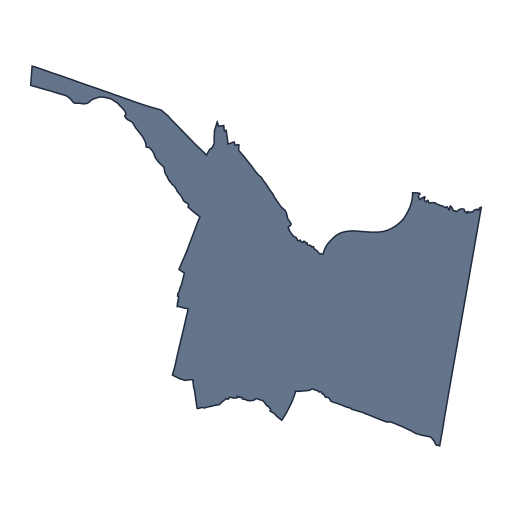 the district of Pak Kret, Nonthaburi, Thailand
{"feature_id": "78962969B33148689371757", "entity_name": "Pak Kret", "entity_type": "district", "adm_level": 2, "iso_a3": "THA", "parent_name": "Thailand", "parent_adm1": "Nonthaburi", "projection": "equal_earth", "projection_center": [100.484, 13.936], "detail": "fine", "context": "isolated", "style": "filled", "palette": "slate", "viewbox_px": 512, "rotation_deg": 0, "n_neighbors": 0, "source": "geoboundaries", "source_scale": "gbopen_adm2", "svg_char_len": 6023}
<svg xmlns="http://www.w3.org/2000/svg" viewBox="0 0 512 512"><path d="M197.2,408.5L198.6,408.4L202.3,407.3L203.9,408.0L204.5,408.0L207.2,407.1L211.3,406.3L214.9,405.3L217.8,405.0L219.1,404.7L219.6,404.4L222.1,401.9L226.0,398.8L226.5,398.6L227.4,399.3L228.3,399.1L229.6,397.2L232.2,397.7L233.6,398.2L234.8,397.8L236.8,398.0L237.1,396.4L237.3,396.3L238.4,396.6L238.5,397.2L242.2,397.5L242.2,398.7L242.2,398.9L245.4,399.5L247.1,400.4L249.2,400.7L250.3,400.7L253.1,400.4L254.4,399.9L256.0,398.7L256.8,398.6L258.1,399.2L262.4,400.5L263.2,401.0L263.9,401.8L266.0,404.7L266.8,405.4L267.1,406.1L267.7,406.0L268.0,406.1L270.7,409.4L270.7,409.9L270.1,410.6L270.1,411.0L270.2,411.3L273.9,413.1L277.1,416.6L281.7,420.3L284.2,416.5L286.2,413.2L290.8,404.3L292.4,400.7L294.3,395.7L295.1,393.2L295.5,391.3L299.4,391.3L309.4,390.4L310.7,389.7L311.6,389.0L312.3,388.9L313.3,389.2L315.5,390.1L317.5,390.7L319.2,392.0L320.4,391.8L320.9,391.9L322.7,394.1L323.6,394.4L324.0,394.6L324.7,396.2L325.5,397.2L326.2,397.4L327.9,397.3L328.7,397.8L330.2,399.8L330.7,401.0L331.2,401.4L341.3,404.9L345.7,406.8L350.4,408.1L351.7,409.3L353.0,409.6L363.1,412.6L365.3,413.7L368.8,414.9L375.2,417.6L385.1,421.5L387.3,422.1L389.0,421.9L390.5,421.9L395.0,423.6L404.0,427.4L409.3,430.0L411.6,431.0L413.0,432.0L415.9,433.5L419.0,434.3L420.7,435.0L429.3,436.7L430.8,437.2L431.3,437.6L432.8,439.6L434.2,441.2L435.0,443.1L436.1,444.9L436.8,445.3L438.5,445.4L439.7,445.9L440.0,444.1L443.4,425.0L443.6,423.7L443.5,423.3L451.1,379.2L458.7,336.2L481.3,207.3L480.5,207.5L479.5,207.9L479.3,208.5L479.4,209.8L479.3,210.0L478.3,210.1L477.8,209.8L477.3,209.3L476.9,209.2L474.1,210.2L473.8,210.5L473.0,211.7L472.6,212.0L471.3,211.9L470.0,212.6L468.7,211.7L468.0,211.5L467.7,211.9L467.4,212.9L467.0,213.2L466.7,213.2L465.8,211.6L464.9,211.4L464.5,211.2L464.4,210.8L464.3,210.0L464.2,209.4L463.8,209.1L463.3,209.0L461.3,208.9L459.8,209.3L458.7,209.8L457.2,211.1L456.1,211.7L455.1,210.8L453.8,210.8L453.4,210.6L451.4,206.8L450.6,206.1L450.3,206.3L449.9,206.7L449.7,207.7L449.5,209.4L449.4,209.8L449.1,210.0L448.7,209.6L447.5,207.2L447.0,206.7L446.5,206.8L445.5,207.5L445.0,207.5L442.0,205.7L440.3,205.5L438.6,204.6L436.5,204.1L435.4,202.9L435.0,202.7L433.9,202.8L432.1,202.6L429.8,203.0L429.0,202.9L428.7,202.7L428.2,200.7L427.8,200.3L427.3,200.5L426.5,201.7L426.2,201.8L425.8,201.7L424.6,200.6L424.3,200.0L424.3,199.0L425.0,197.6L424.9,197.1L424.7,196.9L424.2,196.9L422.4,197.8L421.7,198.0L420.4,199.4L420.1,199.6L419.8,199.6L419.5,199.3L419.1,197.8L418.4,196.6L418.3,196.2L418.5,195.7L419.9,194.2L420.0,193.8L419.8,193.5L419.3,193.2L416.8,192.9L412.6,192.7L412.6,194.3L412.4,197.4L412.1,199.3L411.6,201.9L410.1,206.7L409.2,208.8L407.8,211.6L404.7,217.1L402.9,219.6L401.2,221.3L397.8,224.3L394.5,226.7L390.9,228.7L387.4,230.3L383.6,231.4L380.7,231.8L378.7,232.1L371.4,232.2L356.9,231.1L352.3,230.9L349.2,231.1L346.0,231.5L341.8,232.5L338.9,233.7L336.0,235.5L332.8,238.3L329.6,241.7L327.3,244.4L326.0,246.4L324.4,249.9L322.9,254.2L319.0,253.4L317.2,250.9L315.2,249.6L314.4,248.8L314.0,248.1L313.7,247.1L313.4,246.6L313.0,246.5L311.9,246.9L311.6,246.7L311.0,245.8L310.5,245.5L309.7,245.2L308.3,245.1L307.5,244.8L307.1,244.3L307.2,243.3L307.1,242.9L306.8,242.8L305.5,242.6L304.8,241.6L304.3,241.3L303.9,241.2L303.6,241.3L303.2,242.2L302.9,242.4L301.2,241.7L300.4,240.3L300.2,240.1L299.8,240.1L298.9,240.8L298.0,240.7L297.6,240.3L297.0,238.9L295.9,237.3L294.7,236.9L293.1,235.7L292.4,234.9L289.7,231.2L289.4,230.5L289.2,229.2L288.6,228.4L288.3,227.9L288.2,226.9L290.0,225.9L291.0,224.5L291.1,223.9L289.5,221.1L287.9,219.1L286.5,213.3L285.4,210.8L284.7,210.0L281.9,207.6L280.8,206.5L275.1,198.2L274.4,197.2L272.8,193.9L269.5,189.5L265.9,183.8L263.5,180.8L261.3,177.4L260.7,176.8L259.2,175.7L255.5,171.5L251.5,165.9L243.7,156.2L238.9,150.6L238.7,150.2L238.7,149.8L238.9,144.8L237.5,144.6L236.0,145.3L235.4,145.4L235.2,145.2L234.1,141.9L228.0,144.1L227.7,141.0L227.3,138.6L226.7,134.3L226.6,133.0L226.1,130.3L224.4,131.0L223.8,127.3L224.0,127.2L223.7,125.5L222.7,125.8L218.3,126.1L218.2,124.7L217.2,122.0L216.6,123.7L216.0,126.1L214.5,130.4L214.1,139.6L214.2,143.3L214.1,143.7L212.3,147.2L211.2,148.6L211.0,148.8L210.4,148.7L209.5,149.7L206.5,155.0L194.1,143.1L188.6,137.3L171.9,120.2L168.7,116.8L167.9,115.6L166.7,114.8L161.5,110.3L160.0,109.7L147.8,106.2L133.4,101.4L128.8,99.6L126.8,99.0L118.0,95.8L115.6,95.1L110.6,93.2L79.7,82.5L71.2,79.4L63.8,76.9L60.2,75.5L55.0,73.9L34.5,66.7L32.1,66.1L30.7,85.4L48.9,90.6L51.1,91.0L51.9,91.4L53.6,92.0L61.5,94.4L64.8,95.2L66.9,96.2L68.9,97.6L70.3,98.8L70.8,99.5L71.5,100.0L72.5,101.6L73.9,102.8L74.4,103.1L76.9,103.3L78.1,103.1L83.1,103.8L85.5,103.8L86.8,103.4L88.5,102.6L91.4,100.1L92.9,99.2L99.1,97.1L100.9,97.0L102.5,97.1L104.8,97.4L107.1,97.9L111.2,99.0L118.1,103.5L119.2,105.1L121.9,107.6L124.4,110.5L124.9,111.3L125.6,112.7L125.9,113.9L125.8,114.3L124.9,115.5L124.8,116.0L125.8,118.0L127.7,119.7L131.7,121.8L132.4,122.4L135.7,127.9L142.8,137.0L144.7,140.6L145.4,142.4L146.0,144.4L146.0,146.2L146.2,146.9L146.8,147.3L149.3,147.5L151.6,150.0L153.6,152.9L154.8,156.4L155.6,158.1L156.5,159.3L157.9,161.3L160.0,163.6L163.6,166.9L164.1,168.0L165.1,173.2L167.0,176.4L168.2,178.9L169.1,180.7L171.3,183.1L172.0,184.3L173.9,185.7L174.9,186.9L176.0,188.7L177.4,191.6L179.9,194.5L181.4,196.5L182.1,197.7L183.0,199.8L183.6,200.8L184.9,202.0L187.2,203.3L188.3,204.3L188.6,204.7L188.7,205.0L188.1,206.7L188.0,207.0L193.2,211.6L199.2,216.3L200.0,217.0L198.8,219.5L197.6,222.4L186.3,252.3L178.9,269.4L184.4,273.1L181.5,284.4L180.0,288.0L179.5,290.1L178.7,292.6L177.8,293.4L177.6,296.2L178.7,296.5L178.7,296.8L177.4,303.9L177.2,306.5L177.5,306.4L178.3,306.5L185.2,308.3L188.1,308.6L187.4,312.6L186.3,316.8L183.7,328.4L180.2,342.9L176.2,360.1L175.8,362.4L174.3,368.5L173.0,373.0L172.4,375.1L180.2,379.0L182.4,379.5L184.2,380.2L185.5,380.4L187.5,380.0L190.1,379.7L191.7,379.7L192.9,379.9L193.0,382.5L193.5,385.6L193.6,387.4L194.5,390.3L194.7,391.7L195.8,399.8L196.1,401.2L196.7,406.1L197.2,408.5Z" fill="#64748b" stroke="#1e293b" stroke-width="1.5"/></svg>